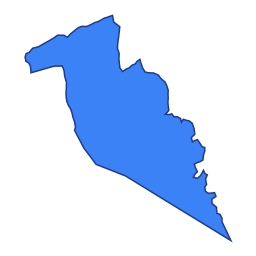 outline of Olinda Nova do Maranhão, Maranhão, Brazil
{"feature_id": "56859067B66279170252469", "entity_name": "Olinda Nova do Maranhão", "entity_type": "district", "adm_level": 2, "iso_a3": "BRA", "parent_name": "Brazil", "parent_adm1": "Maranhão", "projection": "equal_earth", "projection_center": [-45.0, -2.983], "detail": "fine", "context": "isolated", "style": "filled", "palette": "blue", "viewbox_px": 256, "rotation_deg": 0, "n_neighbors": 0, "source": "geoboundaries", "source_scale": "gbopen_adm2", "svg_char_len": 1654}
<svg xmlns="http://www.w3.org/2000/svg" viewBox="0 0 256 256"><path d="M216.0,196.4L214.5,192.6L211.6,193.1L208.1,193.2L205.4,191.2L204.8,187.1L206.6,184.4L205.5,179.1L207.3,175.0L204.9,173.5L203.5,170.3L200.6,175.5L197.4,178.3L193.4,177.3L195.0,174.2L197.4,171.7L195.5,167.7L194.3,164.2L197.4,162.5L199.9,161.8L202.9,160.0L203.6,154.5L204.8,151.0L204.8,147.5L202.1,146.8L200.3,143.8L197.5,139.7L194.9,140.4L192.4,141.9L191.4,137.5L194.8,134.3L194.2,129.1L192.2,123.2L189.2,120.9L186.1,120.2L183.3,119.3L181.5,122.2L180.6,118.6L177.4,116.8L173.8,116.6L171.8,113.8L169.1,114.6L165.3,114.3L168.8,110.5L167.9,102.9L168.2,97.8L168.0,94.4L168.2,90.2L166.6,85.2L165.1,82.1L162.9,80.2L160.3,77.8L158.5,75.2L153.6,73.0L148.7,72.8L145.1,72.0L142.6,67.9L141.0,63.3L139.9,59.4L137.1,61.3L135.2,63.9L131.7,65.4L129.3,67.8L126.3,69.0L122.6,71.5L119.9,67.9L119.3,63.2L118.9,58.9L119.2,53.6L117.4,48.2L117.8,42.9L118.6,37.1L119.8,26.7L113.7,22.1L112.5,15.4L106.9,17.4L104.3,18.1L101.4,19.8L98.5,21.4L94.8,22.6L89.9,25.1L86.5,26.5L81.9,26.3L78.2,27.7L74.6,30.6L70.9,33.6L67.3,37.3L64.0,35.3L57.6,35.2L53.4,38.2L47.2,41.8L44.8,43.1L38.5,46.7L35.9,47.5L32.7,48.2L29.2,52.3L26.0,53.8L25.1,57.2L25.9,61.3L28.7,62.9L30.5,66.5L31.0,72.8L52.4,66.6L55.7,66.1L62.3,66.1L64.0,70.4L64.7,76.3L66.5,82.6L66.3,88.1L66.0,93.2L66.3,97.9L66.8,101.4L68.3,105.1L70.6,109.0L72.0,113.0L72.9,117.0L74.6,122.0L75.5,127.2L74.6,130.4L84.1,148.5L89.1,155.0L96.1,164.4L107.2,168.7L125.6,176.0L138.5,183.9L166.9,201.4L189.8,215.4L230.9,240.6L222.0,221.8L222.0,218.3L220.1,214.4L216.9,213.3L216.5,207.2L212.0,203.4L211.9,199.1L216.0,196.4Z" fill="#3b82f6" stroke="#1e3a8a" stroke-width="1.5"/></svg>